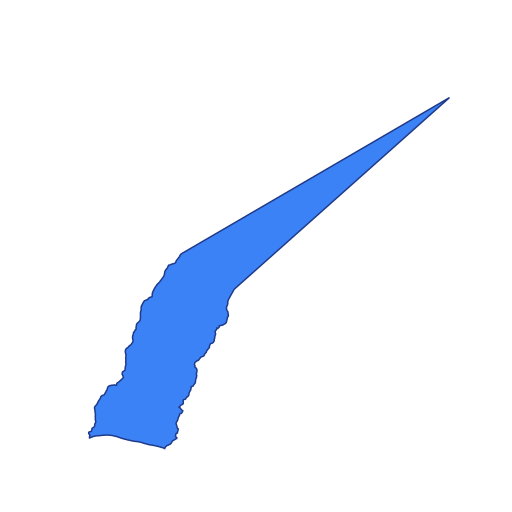 the district of Kirinyaga Central, Central, Kenya, rotated 41°
{"feature_id": "3690345B89320584549641", "entity_name": "Kirinyaga Central", "entity_type": "district", "adm_level": 2, "iso_a3": "KEN", "parent_name": "Kenya", "parent_adm1": "Central", "projection": "mercator", "projection_center": [37.269, -0.377], "detail": "fine", "context": "isolated", "style": "filled", "palette": "blue", "viewbox_px": 512, "rotation_deg": 41, "n_neighbors": 0, "source": "geoboundaries", "source_scale": "gbopen_adm2", "svg_char_len": 5374}
<svg xmlns="http://www.w3.org/2000/svg" viewBox="0 0 512 512"><g transform="rotate(41 256 256)"><path d="M298.1,9.5L198.5,302.4L198.2,303.5L198.1,304.5L198.3,305.7L198.7,306.5L198.7,307.4L198.7,308.4L198.8,309.4L198.9,310.5L198.9,311.6L199.1,312.4L199.6,313.6L199.5,314.6L199.1,315.4L198.2,316.7L197.4,318.0L196.8,319.5L196.1,320.2L196.3,321.1L196.7,322.4L197.0,323.5L197.0,324.4L196.9,325.3L197.1,326.6L197.6,327.8L198.1,328.7L198.7,329.6L199.2,330.5L199.6,331.6L199.7,332.4L199.9,333.5L199.9,334.4L200.0,335.4L200.1,336.4L200.1,337.4L200.3,338.7L200.3,339.6L200.2,340.7L200.0,342.2L200.2,343.4L200.3,344.3L200.4,345.4L200.6,346.7L200.9,348.1L201.3,349.6L201.7,350.8L202.2,352.1L202.9,353.1L203.6,353.9L204.3,355.1L203.5,356.1L202.7,357.6L202.7,359.2L202.6,360.3L201.9,361.5L201.2,362.9L201.3,364.5L201.8,366.6L202.0,367.6L202.2,368.4L202.5,369.4L203.3,370.5L204.4,371.7L205.2,373.1L206.0,374.6L207.4,376.3L208.6,377.5L209.2,378.3L209.8,379.3L210.4,379.8L210.7,380.6L210.8,381.7L210.8,382.7L210.6,383.6L210.5,384.9L210.8,386.2L211.5,387.2L212.3,388.6L212.9,389.2L213.6,389.9L213.3,391.1L213.7,392.3L213.9,393.1L213.6,394.0L214.3,394.7L214.7,395.6L215.1,396.7L215.9,398.0L216.6,398.9L217.7,399.7L218.7,400.5L219.2,401.3L219.6,402.3L219.6,403.1L219.7,404.0L219.8,404.9L219.6,405.9L219.3,406.8L219.3,407.9L219.4,408.9L219.0,410.0L218.9,411.4L219.1,412.4L219.5,413.2L220.2,414.0L221.1,414.8L222.2,415.5L223.5,416.8L224.1,417.7L224.8,418.8L225.9,419.6L226.5,420.5L227.2,421.5L228.1,422.3L228.8,422.9L229.3,423.7L229.7,424.7L230.3,425.7L230.9,426.6L231.8,427.6L232.0,428.7L231.7,429.7L231.3,430.7L231.8,432.1L232.6,433.1L233.7,433.5L234.6,433.9L235.4,434.6L235.6,435.7L235.6,436.8L235.4,438.0L235.3,439.3L235.2,440.6L234.9,441.6L234.5,443.2L234.9,444.1L235.5,445.0L234.8,445.7L233.7,446.1L233.1,447.0L232.3,447.8L231.6,448.6L231.0,449.3L230.4,450.4L230.1,451.6L230.4,452.8L230.9,453.8L231.4,454.8L231.4,455.7L231.8,456.8L232.1,458.5L232.4,459.6L232.5,460.5L231.8,461.5L231.2,462.9L231.2,464.1L231.8,465.2L232.0,466.4L232.1,467.5L232.2,468.3L232.4,469.4L232.7,470.6L233.1,471.7L233.2,472.7L233.2,473.8L233.2,474.9L233.3,475.8L233.8,476.7L234.8,477.4L235.8,478.3L238.0,480.3L239.0,481.1L239.6,482.1L240.4,483.0L241.0,483.6L242.1,484.9L243.0,485.6L243.8,486.2L244.3,487.3L244.6,488.7L245.5,489.9L246.1,490.8L245.7,492.2L245.3,493.6L246.0,494.7L246.5,495.5L246.6,496.7L245.8,497.8L245.4,498.8L246.3,499.8L247.3,500.0L248.3,500.1L248.7,501.4L249.7,502.5L250.4,501.4L250.8,500.5L251.4,499.4L252.1,498.2L252.7,497.5L253.2,496.8L254.0,496.0L255.1,494.9L256.0,494.0L256.9,493.0L257.9,491.9L258.7,491.1L259.5,490.4L260.2,489.6L261.1,488.8L262.0,488.1L262.8,487.5L263.7,486.8L264.6,486.2L265.6,485.6L267.0,484.9L268.0,484.4L268.9,483.9L269.9,483.4L270.9,483.0L272.4,482.4L273.6,482.0L274.7,481.5L275.8,480.9L276.9,480.5L277.7,480.0L278.7,479.5L280.0,478.9L280.8,478.4L281.7,477.9L282.5,477.5L283.7,476.9L284.8,476.2L286.0,475.5L287.1,474.7L288.0,474.1L288.9,473.5L290.1,472.8L291.2,472.2L292.1,471.8L293.3,471.3L294.5,470.8L295.5,470.3L296.5,469.8L297.3,469.4L298.4,468.9L299.1,468.5L299.9,468.1L300.8,467.5L302.0,466.7L303.3,466.0L304.4,465.3L305.4,464.8L306.6,464.2L307.8,463.5L308.9,463.1L309.7,462.7L310.7,462.2L311.8,461.7L313.4,461.2L313.0,460.2L313.0,458.6L313.2,457.4L313.9,456.3L314.1,455.5L314.5,454.8L314.8,453.7L314.8,452.7L314.5,451.6L314.3,450.5L314.7,449.3L315.2,447.7L315.5,446.6L315.9,445.8L315.4,445.0L314.5,445.1L313.7,445.1L313.0,444.0L312.3,443.0L312.3,441.9L312.8,441.2L312.2,440.2L311.7,439.1L310.8,437.5L309.5,437.5L308.7,436.9L307.9,436.4L307.0,435.7L305.7,435.0L305.1,434.2L304.9,433.0L304.6,431.4L303.9,429.9L303.3,429.0L303.2,428.2L303.0,427.4L302.8,426.4L302.1,425.6L302.3,424.4L302.9,423.7L302.8,422.7L302.7,421.7L302.1,420.7L300.5,421.1L299.4,420.6L298.4,420.4L297.1,420.6L297.2,419.3L297.2,418.2L297.4,417.1L298.0,415.9L297.8,414.9L296.9,414.0L295.9,412.9L295.6,411.9L296.1,411.2L296.7,410.3L296.5,409.3L296.3,408.3L296.8,406.9L296.6,405.7L296.5,404.9L295.8,404.0L295.2,402.8L294.9,401.6L294.7,400.2L294.0,398.9L293.4,397.9L292.9,397.0L293.5,396.2L293.8,395.2L293.6,394.2L293.4,393.2L293.5,392.1L293.2,391.2L292.6,390.4L291.8,389.2L291.2,388.2L290.9,387.0L290.3,386.1L289.7,385.1L288.7,384.4L288.0,383.8L287.7,382.7L286.7,381.3L285.9,380.5L284.8,379.9L283.6,379.9L282.4,379.7L281.9,378.8L280.6,378.2L280.0,377.1L279.8,376.2L279.9,375.3L280.2,374.6L280.1,373.6L280.8,373.0L281.0,371.7L280.8,370.6L280.8,369.6L280.8,368.4L281.3,367.3L281.8,366.5L282.1,365.8L282.0,364.6L281.5,363.5L281.6,362.3L281.6,361.2L281.2,360.5L281.0,359.5L280.9,358.5L280.9,357.2L280.9,355.7L280.1,354.9L279.7,353.7L279.2,352.7L279.4,351.7L279.8,351.0L280.3,350.2L280.4,349.0L280.2,347.7L279.8,347.0L279.1,346.2L278.7,345.0L277.9,343.9L277.3,343.0L277.0,341.8L276.4,341.2L275.6,340.5L274.5,339.6L274.5,338.1L274.3,336.8L273.7,336.1L274.7,335.7L274.8,334.7L274.8,333.5L274.0,332.8L274.6,332.1L275.2,331.2L275.8,330.6L276.3,329.8L276.5,328.8L276.9,327.9L277.2,327.0L277.2,325.8L276.7,324.6L275.9,323.3L275.4,322.1L274.7,321.2L274.6,319.7L273.8,318.6L272.6,317.7L271.3,316.5L270.0,316.2L268.7,315.5L268.0,314.7L267.2,313.9L266.9,312.8L266.6,311.6L266.0,310.7L265.5,309.8L264.6,309.1L264.2,307.9L263.8,307.0L263.6,306.0L263.4,305.1L263.2,304.0L262.9,303.0L262.5,300.9L262.3,299.9L261.9,297.9L261.4,295.9L261.4,295.0L298.1,9.5Z" fill="#3b82f6" stroke="#1e3a8a" stroke-width="1.5"/></g></svg>